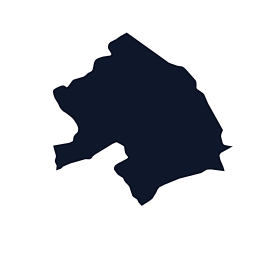 the border of Phra Nakhon Si Ayutthaya, rotated 241°
{"feature_id": "THA-412", "entity_name": "Phra Nakhon Si Ayutthaya", "entity_type": "Province", "adm_level": 1, "iso_a3": "THA", "parent_name": "Thailand", "parent_adm1": "", "projection": "albers", "projection_center": [100.547, 14.398], "detail": "fine", "context": "isolated", "style": "filled", "palette": "ink", "viewbox_px": 256, "rotation_deg": 241, "n_neighbors": 0, "source": "natural_earth", "source_scale": "10m", "svg_char_len": 2110}
<svg xmlns="http://www.w3.org/2000/svg" viewBox="0 0 256 256"><g transform="rotate(241 128 128)"><path d="M44.7,191.1L52.3,180.8L54.1,176.9L53.9,170.3L59.6,148.5L61.5,132.3L61.7,126.7L61.0,124.8L60.1,123.1L58.4,120.9L55.1,114.9L54.6,111.8L54.0,102.8L57.8,101.9L60.8,102.1L61.8,101.8L65.5,99.9L66.9,99.7L75.6,101.4L77.9,101.2L81.9,100.1L84.0,99.9L86.4,100.2L87.4,99.9L92.1,97.3L93.8,96.9L98.3,96.4L99.1,96.8L99.8,97.3L100.3,98.0L100.6,98.6L100.8,99.0L101.0,100.1L101.1,101.2L101.2,103.6L101.0,104.7L101.0,112.0L101.1,113.2L101.4,114.0L102.1,114.6L103.0,114.7L106.0,114.2L107.1,114.2L107.7,114.2L110.3,115.1L113.1,116.2L114.2,116.3L115.3,115.8L121.8,111.7L122.4,107.0L121.5,86.2L121.2,84.2L120.8,82.7L120.2,81.9L119.9,80.9L119.9,79.8L120.8,78.0L122.0,76.3L125.6,61.0L126.5,52.8L125.7,49.8L126.3,45.9L129.4,48.1L133.7,48.4L135.0,49.2L135.9,50.2L137.7,51.9L139.4,52.5L147.9,54.5L142.8,69.2L142.5,73.5L143.0,74.3L146.0,76.5L146.6,77.4L147.1,78.4L147.8,81.1L148.1,82.1L148.7,82.9L149.5,83.7L150.6,84.4L151.4,84.9L152.1,85.1L153.9,85.5L156.2,85.7L160.9,85.4L163.2,85.0L165.1,84.4L171.5,81.7L174.0,80.2L175.9,79.6L178.0,79.2L179.1,79.1L183.5,79.4L189.1,79.1L191.0,79.3L194.5,80.1L195.8,80.7L196.7,81.4L197.0,82.8L197.1,84.7L196.7,89.3L196.4,90.4L196.1,91.4L195.5,92.1L194.7,92.6L192.9,93.3L192.5,94.4L192.7,96.1L195.5,102.0L195.9,103.4L195.9,104.1L193.7,113.9L193.7,114.9L194.0,117.1L194.7,119.6L194.6,123.8L195.1,125.0L195.6,125.9L200.9,130.3L202.1,131.8L202.7,133.1L202.8,134.3L202.8,135.5L202.2,138.9L201.7,141.0L199.4,146.9L199.2,148.5L199.7,149.4L200.5,150.0L201.6,150.2L204.0,150.1L206.2,149.9L207.3,150.0L208.3,150.5L209.9,151.7L210.5,152.9L211.0,154.1L210.7,160.5L211.3,165.9L211.3,172.7L165.2,194.6L163.8,195.6L158.2,200.6L154.8,204.9L153.2,205.7L150.5,206.5L136.9,209.5L135.8,209.4L134.8,209.1L132.8,208.2L130.6,206.8L129.6,206.5L128.2,206.7L122.4,209.6L121.0,210.1L119.5,210.1L110.6,209.2L80.5,209.3L77.7,205.9L75.8,204.6L69.1,202.8L67.4,202.9L66.2,203.3L63.1,206.8L61.9,208.5L61.9,197.0L61.2,195.6L60.2,194.0L55.4,192.6L47.8,191.8L44.7,191.1Z" fill="#0f172a" stroke="#020617" stroke-width="1.5"/></g></svg>